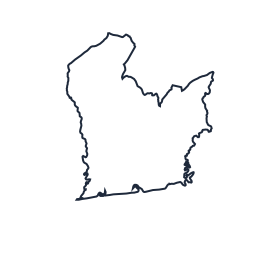 outline of Maganja Da Costa, Zambezia, Mozambique, rotated 25°
{"feature_id": "85939544B26352047498043", "entity_name": "Maganja Da Costa", "entity_type": "district", "adm_level": 2, "iso_a3": "MOZ", "parent_name": "Mozambique", "parent_adm1": "Zambezia", "projection": "natural_earth1", "projection_center": [37.468, -17.344], "detail": "fine", "context": "isolated", "style": "outline", "palette": "slate", "viewbox_px": 256, "rotation_deg": 25, "n_neighbors": 0, "source": "geoboundaries", "source_scale": "gbopen_adm2", "svg_char_len": 5876}
<svg xmlns="http://www.w3.org/2000/svg" viewBox="0 0 256 256"><g transform="rotate(25 128 128)"><path d="M204.4,155.5L204.0,154.6L202.4,153.5L202.2,153.1L202.1,151.3L202.5,150.4L203.4,150.4L205.9,151.6L207.1,150.9L208.3,150.8L208.6,150.3L208.4,149.7L207.8,148.9L206.4,148.2L205.0,147.0L205.1,146.4L205.9,145.4L206.5,142.9L206.6,141.7L206.4,140.8L206.2,140.4L205.9,140.4L205.2,141.1L204.3,142.2L202.5,145.6L201.3,145.4L201.0,145.7L200.9,146.3L201.9,147.1L202.1,147.5L202.1,148.3L201.8,148.8L201.0,149.1L199.7,148.9L198.6,146.1L198.6,145.4L200.1,143.6L200.7,142.0L200.7,140.9L200.1,140.0L199.4,139.9L198.9,140.4L198.1,142.0L197.6,142.3L196.9,141.7L196.7,140.1L197.2,139.2L198.4,138.0L199.3,137.7L200.6,137.7L200.8,137.2L199.8,136.2L198.6,135.5L197.1,137.0L195.1,137.5L194.8,137.4L194.7,136.6L194.9,136.0L196.1,136.4L196.8,136.2L197.4,135.6L197.6,134.8L197.5,134.2L196.9,133.9L195.8,135.1L195.0,135.0L194.9,134.8L195.0,134.2L196.2,133.6L196.2,133.0L195.8,131.9L195.3,131.7L194.1,132.2L193.1,131.5L192.2,129.9L191.8,129.6L191.8,129.0L193.0,128.4L193.0,127.9L192.5,127.2L192.5,126.6L192.7,126.3L193.1,126.1L193.2,125.6L193.6,125.2L193.6,124.8L193.6,124.0L192.6,123.2L192.7,122.9L193.0,122.7L193.0,121.9L193.5,121.5L193.5,121.0L193.1,120.2L193.0,119.3L194.0,117.8L194.2,116.9L194.5,116.8L194.9,116.2L195.4,116.0L195.5,114.6L195.5,114.2L192.6,112.9L191.8,111.9L191.4,110.7L190.9,110.0L191.2,109.2L191.4,107.6L192.4,106.6L193.2,106.1L195.1,106.8L196.0,106.4L196.1,105.9L195.4,104.0L195.1,103.5L194.7,103.2L194.7,102.9L194.9,102.5L196.6,100.7L196.8,99.8L196.4,98.9L196.6,98.1L199.0,96.6L200.7,96.0L201.7,96.3L202.5,97.2L203.0,97.3L203.3,96.5L204.2,96.2L204.4,95.9L203.8,94.2L204.0,93.0L202.9,91.7L202.4,91.4L199.8,91.4L198.9,91.1L198.4,90.5L196.9,89.4L195.1,86.1L194.8,85.1L194.7,84.3L194.0,83.7L193.7,83.0L193.9,81.9L193.8,81.1L193.4,80.4L192.7,79.9L192.5,79.0L189.9,77.4L188.9,76.1L188.0,74.1L185.3,72.8L184.5,72.1L183.2,70.6L183.1,69.6L183.5,68.7L183.4,67.7L184.1,66.7L184.2,66.4L184.2,65.6L183.4,64.5L183.3,63.8L183.6,63.4L185.1,63.8L186.2,63.4L186.8,62.5L187.0,61.2L186.3,59.1L184.0,57.2L183.8,56.8L183.8,56.0L184.3,53.0L183.8,51.4L183.8,50.8L184.9,49.2L184.9,48.8L184.1,47.8L182.9,47.2L182.7,46.8L182.2,43.7L182.1,41.8L181.5,41.3L180.9,41.4L178.8,43.6L177.2,46.6L174.8,48.8L173.6,49.6L171.3,52.0L170.2,53.7L168.2,56.0L166.7,58.0L165.2,60.7L164.6,62.6L164.4,64.4L162.8,69.0L162.1,70.3L161.2,71.5L159.0,68.5L150.4,70.4L150.3,73.1L151.0,74.1L151.1,74.6L149.7,76.4L149.5,77.8L148.9,79.4L148.8,81.2L147.0,87.7L147.4,88.8L147.6,90.2L147.5,90.9L147.0,91.8L146.9,92.6L147.8,94.7L147.0,94.7L146.2,94.1L144.9,91.9L144.1,91.0L143.8,90.2L143.2,89.5L142.9,88.1L142.6,87.6L141.4,86.9L140.6,85.8L139.4,84.9L139.1,84.9L138.7,85.3L137.7,87.4L136.7,88.0L136.1,88.1L135.4,86.8L135.1,86.5L134.6,86.5L133.8,86.7L132.7,87.7L131.3,88.1L130.8,88.5L129.6,90.6L129.0,91.0L127.9,90.7L126.7,89.9L124.6,87.6L123.5,86.8L122.0,86.3L119.0,86.0L115.3,82.4L112.8,81.0L109.5,80.6L108.3,80.7L107.1,81.3L105.0,81.2L104.3,81.7L103.4,82.9L102.6,84.4L102.2,85.7L101.1,84.5L100.8,82.7L100.7,81.1L101.1,76.7L100.0,74.7L98.4,72.9L97.3,72.1L97.8,71.2L98.9,66.8L100.1,51.3L98.8,50.4L98.4,49.1L96.5,48.5L94.4,47.4L92.2,45.1L91.2,44.8L90.7,44.3L89.6,44.6L88.7,44.1L87.3,44.1L86.7,44.2L85.0,47.6L84.3,48.1L79.4,48.6L75.2,49.9L72.2,50.1L71.2,49.9L70.0,50.5L70.7,53.0L70.4,55.6L69.2,57.9L68.9,59.4L67.1,63.4L64.5,66.9L63.0,68.1L61.3,69.0L60.5,69.7L60.0,70.5L58.4,75.1L56.7,77.8L54.7,82.1L51.1,88.4L48.9,93.3L48.0,94.5L47.5,96.0L47.4,96.7L48.1,98.0L49.1,99.3L50.4,100.4L50.6,101.7L50.2,103.7L50.3,104.3L51.0,105.4L51.6,107.0L52.8,107.8L54.0,110.6L54.2,112.3L54.8,113.7L55.1,115.7L55.6,116.8L55.8,118.1L56.2,118.6L56.7,119.8L57.6,120.7L58.6,122.7L61.6,124.4L62.4,125.3L62.9,125.2L63.2,124.6L63.5,124.5L64.0,124.9L64.6,126.0L65.1,126.3L68.8,127.2L69.2,127.7L69.4,128.4L69.9,129.3L70.5,129.9L71.7,130.4L73.9,130.8L74.2,131.4L75.0,133.8L75.5,134.2L77.1,134.6L77.7,134.9L79.4,137.8L81.1,138.0L81.9,138.6L82.3,139.8L82.4,141.3L82.7,142.8L83.0,143.2L83.6,143.7L84.8,145.6L85.6,150.0L86.1,151.5L86.9,152.4L88.5,152.7L89.5,153.3L90.3,155.4L90.9,156.2L91.5,156.3L93.6,156.2L94.3,156.5L95.3,158.1L96.4,159.0L97.0,159.6L97.3,162.2L97.6,162.6L99.4,163.6L100.0,166.6L102.1,168.7L102.5,170.1L102.4,171.9L102.0,172.4L101.6,172.4L99.2,172.3L98.9,173.1L99.3,173.9L101.1,176.5L102.2,177.5L103.1,177.9L105.6,178.1L107.8,179.5L108.9,180.6L109.1,181.5L108.6,183.2L109.1,185.3L107.7,187.7L107.6,188.3L107.7,188.6L108.1,188.9L108.6,188.9L110.1,186.5L110.5,186.4L111.1,187.1L111.2,187.6L110.8,191.1L110.9,191.8L111.6,192.2L112.6,192.2L114.6,190.8L115.4,190.6L115.6,192.1L114.9,193.9L115.2,194.9L115.1,195.3L114.7,195.7L114.3,195.6L113.4,194.6L113.1,195.0L113.2,196.1L113.9,197.1L114.1,197.9L113.3,200.2L114.2,201.8L114.8,201.9L115.6,201.4L115.8,201.9L115.3,202.5L115.0,203.3L114.9,204.6L115.2,206.0L114.3,209.2L114.3,211.6L114.4,211.8L115.2,211.6L116.1,210.8L116.5,210.8L116.2,211.4L115.4,212.1L114.2,212.6L111.9,214.0L111.8,214.7L113.7,213.8L116.6,211.6L120.5,209.1L128.4,203.4L129.1,202.1L129.1,199.7L129.5,198.7L129.9,198.4L130.7,198.4L132.8,198.8L133.6,198.4L133.9,198.1L134.3,197.5L134.4,196.6L133.7,194.5L134.6,195.3L134.9,195.8L135.3,197.0L135.3,198.9L135.3,199.1L135.6,199.0L139.8,196.4L142.8,194.3L154.2,188.1L158.7,185.1L160.9,184.0L163.8,181.7L164.1,180.7L163.9,179.8L163.5,179.2L161.0,178.4L160.1,177.8L159.2,178.1L158.7,178.5L158.0,180.7L157.5,178.5L157.8,177.0L158.3,176.5L159.7,176.0L161.1,176.1L162.4,177.0L166.3,177.5L168.5,179.0L169.4,179.2L169.9,179.1L171.1,178.3L176.8,173.7L182.2,170.7L186.9,167.5L187.4,166.9L187.6,166.1L188.0,163.0L188.3,162.2L189.0,161.6L189.0,161.1L189.7,161.2L190.9,160.2L193.1,159.3L195.5,156.9L198.1,154.9L199.5,155.0L201.4,156.1L202.3,156.3L204.0,156.2L204.4,155.5ZM133.3,199.8L131.0,200.0L130.6,200.3L131.0,201.0L131.7,201.2L133.7,200.3L133.3,199.8Z" fill="none" stroke="#1e293b" stroke-width="2"/></g></svg>